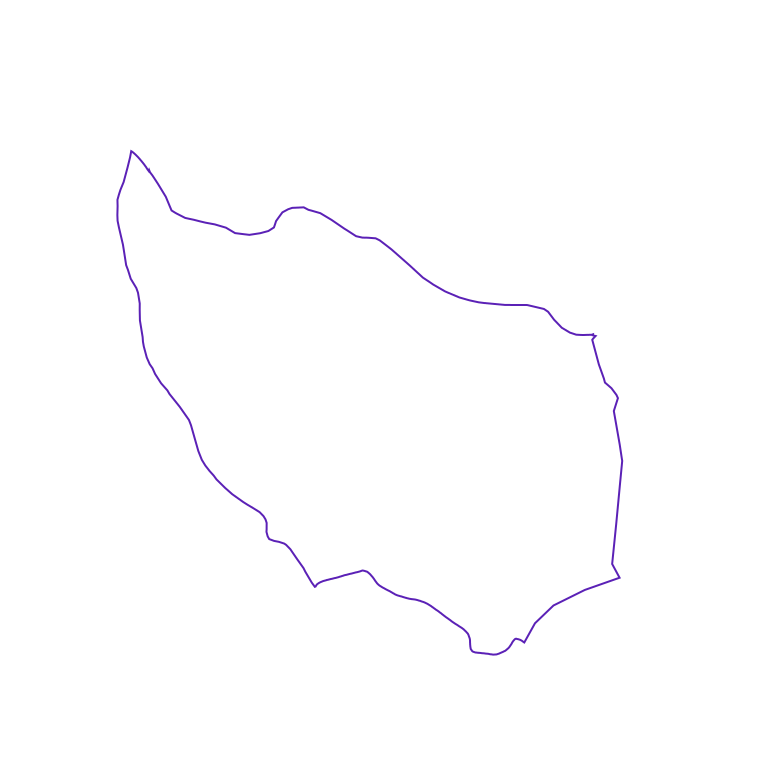 L'Eau Mineau, Micoud, Saint Lucia, rotated 165°
{"feature_id": "8701671B61376458937885", "entity_name": "L'Eau Mineau", "entity_type": "district", "adm_level": 2, "iso_a3": "LCA", "parent_name": "Saint Lucia", "parent_adm1": "Micoud", "projection": "natural_earth1", "projection_center": [-60.921, 13.807], "detail": "fine", "context": "isolated", "style": "outline", "palette": "violet", "viewbox_px": 768, "rotation_deg": 165, "n_neighbors": 0, "source": "geoboundaries", "source_scale": "gbopen_adm2", "svg_char_len": 5892}
<svg xmlns="http://www.w3.org/2000/svg" viewBox="0 0 768 768"><g transform="rotate(165 384 384)"><path d="M167.2,375.6L167.9,376.0L168.6,376.4L169.7,377.0L169.3,377.9L170.8,377.8L174.3,378.7L179.1,379.8L182.6,380.9L185.6,381.9L190.0,384.8L191.0,385.4L197.7,392.3L203.1,402.1L206.0,409.3L206.8,411.3L210.1,415.1L219.6,420.2L225.2,423.2L246.5,429.0L264.1,435.5L265.1,435.9L265.8,436.1L271.4,438.4L276.5,441.0L279.4,442.5L281.3,443.6L288.8,448.1L298.6,455.7L301.1,457.7L310.7,467.3L312.9,469.9L318.9,476.7L328.4,491.7L341.9,512.0L346.9,518.6L351.0,523.9L352.8,525.5L354.4,526.9L361.8,529.5L367.0,531.0L372.7,534.0L380.1,542.2L382.0,544.2L392.2,556.1L401.3,565.5L409.1,570.2L411.9,571.8L415.8,575.4L427.1,577.9L431.4,577.6L435.2,576.7L437.7,576.1L442.7,572.1L446.1,569.3L447.9,566.5L449.8,563.7L456.1,561.7L464.6,561.7L475.4,562.9L480.7,565.0L488.8,568.3L496.2,575.9L506.2,582.0L514.6,586.0L519.6,588.7L525.3,591.9L531.0,594.8L533.1,595.9L538.3,600.6L540.4,602.5L541.6,603.7L544.3,606.6L545.0,611.6L546.3,621.3L550.6,636.0L553.7,645.4L554.9,648.3L555.2,649.0L555.5,651.4L556.1,650.5L556.5,651.5L556.9,652.4L557.1,653.2L557.4,654.0L557.6,654.9L557.9,655.6L558.2,656.4L558.6,657.4L558.8,658.1L559.2,658.9L559.6,659.9L559.9,660.6L560.3,661.4L560.6,662.2L561.1,663.1L561.5,664.0L561.8,664.7L562.2,665.4L562.7,666.5L563.1,667.2L563.5,667.9L563.9,668.6L564.3,669.3L564.7,670.0L565.3,670.9L565.8,671.7L566.3,672.4L566.7,673.0L567.2,673.6L567.9,674.3L570.7,668.5L575.8,659.3L583.2,646.5L588.3,639.8L591.0,635.6L593.8,630.9L595.3,624.7L597.8,616.3L599.1,610.6L599.5,604.1L600.1,586.1L600.8,579.4L602.3,565.5L601.8,560.6L601.4,551.2L598.4,540.8L598.0,535.8L599.1,525.0L600.8,518.8L603.3,508.6L605.0,491.8L605.9,487.1L606.3,482.4L606.3,471.0L605.2,463.8L603.5,459.1L602.5,452.9L599.1,442.3L594.9,433.9L593.8,429.9L587.2,414.8L581.7,399.7L581.1,394.1L580.9,380.0L580.7,367.3L579.6,357.9L577.7,351.5L575.0,345.1L572.2,339.6L570.5,335.2L564.4,324.8L559.1,316.8L550.6,306.5L547.1,302.7L542.8,298.3L537.3,292.4L534.6,287.6L533.5,283.9L533.3,280.2L535.0,274.0L535.8,271.6L535.8,266.9L535.0,263.9L530.8,260.9L526.3,258.7L521.7,255.7L520.2,254.0L517.2,248.6L516.0,245.1L513.2,237.2L509.4,227.0L508.6,223.1L505.2,210.9L503.3,206.0L502.5,206.1L501.9,206.7L501.4,207.2L500.7,207.7L500.0,208.1L499.3,208.3L498.5,208.6L497.7,208.8L496.8,209.0L495.2,209.2L493.8,209.4L493.0,209.4L492.3,209.4L491.6,209.4L490.7,209.4L489.9,209.5L489.0,209.4L488.3,209.4L487.5,209.4L486.7,209.4L485.8,209.4L484.7,209.3L483.9,209.3L482.7,209.3L482.0,209.3L481.1,209.2L479.7,209.2L479.1,209.2L477.9,209.2L476.7,209.3L475.9,209.3L475.1,209.3L474.1,209.4L472.9,209.4L472.3,209.5L471.5,209.5L470.7,209.5L469.9,209.4L469.2,209.4L468.2,209.4L467.4,209.4L466.5,209.4L465.7,209.4L464.6,209.3L463.9,209.3L463.1,209.3L462.2,209.3L461.5,209.3L460.8,209.3L459.8,209.3L458.9,209.2L458.1,209.2L457.3,209.2L456.5,209.2L455.8,209.2L454.7,209.3L453.8,209.4L453.0,209.4L452.1,209.0L451.4,208.6L450.7,208.2L450.0,207.7L449.2,207.3L448.5,206.6L448.1,206.0L447.6,205.3L447.2,204.7L446.6,203.8L445.8,202.1L445.4,201.3L444.9,200.3L444.6,199.5L444.2,198.5L443.7,197.0L443.4,196.1L443.0,195.1L442.6,194.1L442.3,193.3L441.8,192.4L441.1,191.3L440.6,190.6L439.8,189.7L439.1,189.0L438.6,188.4L438.1,187.9L437.6,187.4L436.8,186.7L436.2,186.1L435.7,185.6L435.2,185.1L434.6,184.6L434.0,184.0L433.4,183.5L432.6,182.8L432.0,182.3L431.3,181.5L430.6,180.9L430.0,180.2L429.3,179.5L428.8,179.1L428.3,178.5L427.6,177.8L426.7,177.1L426.2,176.7L425.6,176.3L425.0,175.9L424.1,175.4L423.5,175.0L422.8,174.6L422.0,174.2L421.3,173.7L420.7,173.3L419.9,172.8L419.2,172.4L418.5,171.9L417.8,171.6L417.3,171.2L416.7,170.9L416.1,170.6L415.3,170.1L414.6,169.8L413.5,169.3L412.9,169.0L412.0,168.7L411.3,168.4L410.5,168.1L409.8,167.8L409.2,167.5L408.1,166.9L407.1,166.3L406.2,165.7L405.4,165.3L404.6,164.7L403.6,164.0L402.6,163.4L401.9,162.9L401.0,162.2L400.1,161.4L399.5,160.9L398.8,160.3L398.3,159.7L397.7,159.1L397.1,158.5L396.6,157.9L395.9,157.2L395.2,156.2L394.6,155.6L394.2,155.0L393.6,154.3L393.1,153.7L392.5,152.9L392.0,152.3L391.4,151.7L391.0,151.2L390.2,150.3L389.7,149.6L389.2,148.9L388.6,148.2L388.0,147.5L387.6,146.8L386.8,145.8L386.2,145.0L385.7,144.3L385.1,143.6L384.7,143.0L384.1,142.3L383.4,141.5L382.5,140.4L381.7,139.4L381.1,138.7L380.6,138.0L380.1,137.3L379.6,136.7L379.1,136.1L378.3,135.2L377.6,134.4L377.0,133.7L376.5,133.2L375.9,132.6L375.1,131.7L374.7,131.2L374.1,130.5L373.6,130.0L372.4,128.7L371.7,127.9L371.1,127.1L370.6,126.5L370.2,125.8L369.8,125.1L369.3,124.3L368.7,123.3L368.4,122.5L368.0,121.9L367.6,121.1L367.5,120.3L367.3,119.5L367.3,118.5L367.2,117.5L367.1,116.5L367.1,115.6L367.2,114.6L367.4,113.5L367.6,112.8L367.8,112.0L368.0,110.9L368.2,110.2L368.3,109.4L368.5,108.5L368.6,107.5L368.7,106.7L368.8,105.7L368.5,104.8L368.2,103.9L367.9,103.1L367.4,102.5L366.7,102.0L366.1,101.6L365.2,101.0L364.3,100.7L363.2,100.2L362.5,100.0L361.9,99.7L361.1,99.5L360.1,99.1L359.0,98.6L357.8,98.2L357.2,98.0L356.5,97.7L355.6,97.3L354.8,97.0L353.9,96.7L352.9,96.3L352.2,95.9L351.6,95.6L350.7,95.2L350.0,95.0L349.3,94.6L348.6,94.4L347.9,94.2L346.9,94.0L345.5,93.7L344.4,93.7L343.3,93.8L342.6,93.8L341.7,94.0L341.0,94.1L340.3,94.2L339.6,94.3L338.9,94.4L338.2,94.5L337.4,94.7L336.7,94.8L336.0,94.9L335.3,95.2L334.6,95.5L333.8,95.9L333.2,96.2L332.5,96.5L331.7,97.0L331.1,97.4L330.5,97.9L329.8,98.5L329.0,99.2L328.4,99.7L327.7,100.4L327.1,101.1L326.4,101.7L325.7,102.3L325.1,102.7L324.5,103.1L323.9,103.5L323.1,103.8L322.3,103.8L321.6,103.3L320.9,103.0L320.3,102.7L319.7,102.3L318.9,101.8L318.3,101.3L317.8,100.8L317.2,100.2L316.4,99.2L315.9,98.5L315.4,98.0L300.1,113.8L277.6,126.2L243.3,133.1L206.6,135.9L210.2,151.1L196.0,188.5L182.2,225.6L173.8,248.1L173.6,250.2L172.0,264.4L169.0,298.4L166.0,303.1L161.7,309.8L162.3,313.3L165.4,321.1L170.2,328.2L170.2,332.4L171.1,343.7L171.4,347.3L171.4,372.8L170.3,373.7L167.2,375.6Z" fill="none" stroke="#5b21b6" stroke-width="2"/></g></svg>